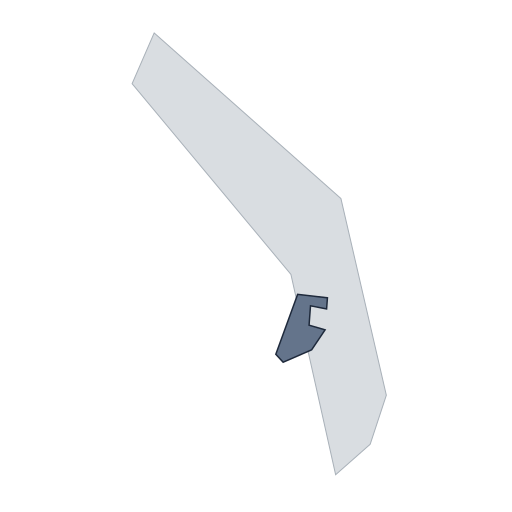 Bermuda, with Pembroke highlighted, rotated 281°
{"feature_id": "BMU-5139", "entity_name": "Pembroke", "entity_type": "state/province", "adm_level": 1, "iso_a3": "BMU", "parent_name": "Bermuda", "parent_adm1": "", "projection": "albers", "projection_center": [-64.794, 32.299], "detail": "fine", "context": "in_parent", "style": "filled", "palette": "slate", "viewbox_px": 512, "rotation_deg": 281, "n_neighbors": 0, "source": "natural_earth", "source_scale": "10m", "svg_char_len": 447}
<svg xmlns="http://www.w3.org/2000/svg" viewBox="0 0 512 512"><g transform="rotate(281 256 256)"><path d="M328.6,328.4L144.2,410.5L93.0,404.0L56.5,375.9L244.6,293.8L401.5,101.5L455.5,113.5L328.6,328.4Z" fill="#d9dde1" stroke="#a8b0b8" stroke-width="1"/><path d="M196.7,337.9L174.5,328.5L156.9,302.9L163.3,294.2L226.3,304.2L228.6,334.1L217.5,335.4L217.5,319.0L198.2,321.3L196.7,337.9Z" fill="#64748b" stroke="#1e293b" stroke-width="1.5"/></g></svg>